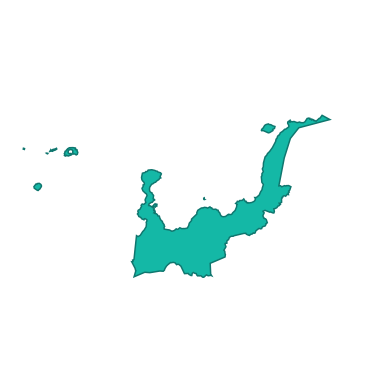 the district of Talasea District, West New Britain, Papua New Guinea, rotated 345°
{"feature_id": "67681753B12348367774956", "entity_name": "Talasea District", "entity_type": "district", "adm_level": 2, "iso_a3": "PNG", "parent_name": "Papua New Guinea", "parent_adm1": "West New Britain", "projection": "albers", "projection_center": [150.421, -5.275], "detail": "fine", "context": "isolated", "style": "filled", "palette": "teal", "viewbox_px": 384, "rotation_deg": 345, "n_neighbors": 0, "source": "geoboundaries", "source_scale": "gbopen_adm2", "svg_char_len": 6102}
<svg xmlns="http://www.w3.org/2000/svg" viewBox="0 0 384 384"><g transform="rotate(345 192 192)"><path d="M337.5,151.6L334.6,153.9L333.9,153.8L330.1,155.8L329.2,154.8L328.4,154.9L328.3,154.7L328.7,154.5L327.5,153.3L326.8,153.3L326.6,152.7L326.0,153.1L325.8,152.5L324.6,152.2L324.5,151.8L324.9,151.8L325.0,151.4L323.8,150.8L322.2,150.8L319.2,153.5L317.4,153.9L315.0,153.1L314.1,152.3L311.5,152.2L308.8,150.3L306.9,150.1L306.0,149.5L304.7,150.0L303.6,148.7L302.6,149.2L302.2,150.3L302.7,152.9L302.4,154.1L298.6,155.6L297.7,155.4L295.1,156.9L292.6,157.7L291.2,159.5L290.5,159.5L289.1,160.3L287.9,162.2L286.9,162.7L285.9,164.8L281.2,169.9L277.4,173.0L274.9,174.4L273.8,175.7L271.7,177.0L268.5,182.5L267.4,186.1L265.9,187.9L266.2,190.7L264.3,192.4L263.8,194.3L262.9,195.2L262.0,200.7L262.9,203.3L260.8,206.5L260.4,207.7L258.1,209.8L256.2,212.3L252.7,214.0L251.2,213.6L251.5,215.0L250.6,216.5L249.5,217.1L247.1,217.6L243.9,217.3L243.2,216.6L242.5,216.9L241.7,215.8L241.9,215.1L241.0,214.8L240.2,212.1L238.4,213.1L235.8,212.6L234.7,213.4L233.4,212.7L232.5,213.7L231.2,214.3L232.4,215.7L231.9,216.1L231.2,218.0L228.9,221.0L226.0,222.6L224.6,223.8L223.7,223.9L222.0,223.2L221.6,223.4L221.3,223.0L218.0,224.3L215.8,224.0L214.5,223.3L213.7,222.1L213.3,219.0L212.5,217.8L212.5,216.4L211.4,215.9L211.2,215.3L210.1,214.6L208.7,214.5L207.8,214.0L207.0,213.3L207.0,212.5L205.7,211.8L205.5,211.0L202.8,211.6L201.8,210.7L199.9,210.0L198.4,210.3L197.7,209.9L196.4,210.0L192.8,211.2L191.3,213.2L191.0,214.5L184.5,218.1L184.2,219.4L181.3,221.4L180.1,223.6L178.2,225.6L175.8,225.5L172.6,224.7L171.0,223.4L168.8,224.4L167.8,224.1L167.2,223.5L165.0,224.6L162.4,224.7L160.5,222.9L155.6,220.7L155.8,219.0L156.7,218.1L156.4,217.0L156.6,216.3L155.6,213.6L155.8,212.7L154.8,211.4L154.2,209.1L154.2,206.8L152.9,206.3L152.7,204.9L152.0,203.9L150.4,203.0L150.5,202.7L151.1,202.9L151.1,202.4L150.0,202.1L151.4,201.1L151.2,200.3L150.6,200.4L150.2,199.8L150.4,199.0L151.2,198.6L150.9,197.5L150.2,197.1L149.9,195.5L149.1,195.8L147.6,194.1L146.9,194.1L146.6,193.5L147.5,192.3L149.8,191.6L151.1,191.6L152.3,190.6L153.9,190.0L153.8,189.4L152.8,189.0L152.7,188.5L154.0,185.4L153.0,183.1L153.1,182.4L151.9,181.5L151.4,180.3L151.7,178.0L152.5,176.3L155.1,174.0L156.1,174.0L158.0,173.2L159.4,173.1L161.0,172.1L163.3,171.4L164.2,170.4L165.5,170.3L165.2,168.8L167.1,166.6L166.6,165.3L164.2,163.8L163.7,162.8L162.5,162.4L161.8,161.6L158.9,160.1L155.3,159.5L154.4,160.4L153.4,160.6L152.7,160.3L151.8,161.0L149.0,161.0L147.0,164.9L146.8,166.8L147.0,168.1L148.2,170.4L148.1,171.8L147.6,172.5L146.6,172.5L146.2,174.2L145.1,175.0L144.6,175.7L144.9,178.2L146.7,181.2L147.4,181.8L147.7,183.8L144.9,187.0L144.6,187.9L144.7,190.2L142.8,191.3L141.8,191.3L140.8,190.7L139.4,191.7L139.6,192.7L137.2,195.3L135.5,195.6L134.7,196.5L134.9,198.0L133.6,199.1L134.0,199.9L134.3,201.9L135.9,203.3L136.5,204.9L138.4,206.4L139.1,205.5L139.8,205.6L141.2,207.0L141.0,208.3L139.9,209.4L139.8,210.9L138.7,213.7L135.8,216.5L134.2,217.4L130.8,220.5L128.3,221.1L127.1,219.8L118.6,241.9L117.9,242.5L117.1,242.4L117.1,243.2L116.5,243.5L116.8,244.0L116.1,244.3L115.8,244.1L117.3,251.1L117.2,252.9L117.5,253.3L114.1,258.9L125.6,257.3L130.4,259.0L140.5,260.0L143.7,261.1L145.2,260.3L145.8,259.2L148.1,257.0L149.8,256.0L153.0,254.6L153.4,254.9L155.7,255.1L157.3,256.0L158.3,258.2L159.5,258.1L160.5,258.5L162.1,260.8L163.6,268.9L167.3,269.7L167.8,270.9L169.4,272.4L170.2,272.6L171.2,270.6L172.5,270.1L173.5,271.1L175.0,271.9L175.1,273.3L175.6,274.4L176.3,274.3L176.8,274.8L178.9,275.2L180.2,277.0L181.3,277.4L184.5,275.8L185.9,277.1L188.7,277.4L189.3,277.9L188.8,276.1L191.1,265.6L207.1,263.3L208.1,260.9L207.9,260.4L208.3,257.7L207.7,256.5L210.6,253.7L210.4,250.8L210.9,250.2L212.4,250.5L213.0,248.4L213.9,247.7L214.9,247.6L216.4,245.5L218.4,244.9L220.3,245.4L221.3,245.1L231.3,245.4L233.3,245.8L233.5,246.7L234.3,247.5L236.2,248.8L238.0,248.0L239.1,248.2L240.6,247.4L241.2,247.9L242.3,247.9L243.7,246.0L247.3,244.5L248.5,245.3L249.8,245.4L250.5,244.3L251.4,243.8L253.9,243.7L255.1,242.4L255.2,241.8L256.8,241.2L256.6,238.0L256.1,237.0L254.7,236.1L254.8,235.3L254.3,234.4L254.4,233.2L256.3,230.8L255.5,229.3L255.6,228.9L257.8,228.6L261.9,231.6L262.6,231.6L265.0,233.3L265.7,233.4L266.5,232.2L266.7,229.4L268.1,229.5L269.9,229.1L271.4,227.8L272.4,227.8L274.1,226.8L273.3,226.0L273.3,225.4L274.1,225.7L275.9,225.1L276.7,221.8L277.3,221.4L277.5,220.5L278.4,220.4L278.8,219.7L279.4,219.5L280.8,219.7L281.4,220.3L283.3,218.9L284.5,219.5L284.7,217.9L285.9,217.2L285.6,216.2L286.9,215.5L288.9,212.5L287.0,210.8L284.8,210.3L284.2,210.5L283.0,209.8L280.1,210.2L279.0,208.8L277.5,208.5L289.9,183.0L300.9,165.7L311.8,157.6L343.9,157.7L337.5,151.6ZM283.4,146.0L281.0,146.0L279.4,146.5L277.4,148.5L276.0,149.2L275.0,150.3L275.1,150.8L276.8,151.2L281.0,154.6L282.4,154.7L286.1,153.6L286.2,152.4L288.1,152.0L289.1,150.2L287.2,149.0L285.6,147.4L284.1,146.8L283.4,146.0ZM88.5,118.3L85.0,117.5L83.2,118.0L81.2,119.3L80.8,119.9L79.9,119.9L79.2,121.4L78.6,121.9L78.9,122.7L78.2,123.6L78.9,124.5L80.2,124.1L80.6,124.7L81.6,124.8L81.9,125.2L85.2,124.9L85.6,124.2L85.1,123.4L83.6,123.3L82.6,122.2L82.6,121.7L83.4,119.7L85.7,119.5L87.0,120.2L87.6,121.5L87.1,122.6L86.9,124.6L88.6,124.9L89.7,126.2L91.0,125.9L92.0,124.0L91.6,123.3L91.9,121.6L90.4,120.9L90.9,120.4L90.5,119.8L90.7,119.3L88.5,118.3ZM46.7,144.1L44.7,143.8L44.1,144.4L43.4,143.9L40.7,145.9L40.6,147.5L43.1,150.4L44.0,150.7L44.8,150.0L45.6,149.9L47.9,147.8L48.2,147.0L48.0,145.6L46.7,144.1ZM153.7,194.4L153.3,193.8L151.7,194.6L151.1,195.6L151.5,196.5L152.8,197.1L153.6,196.0L154.3,196.5L155.0,194.8L154.3,194.4L153.7,194.4ZM72.5,115.5L72.4,114.7L70.9,115.0L68.8,114.9L67.3,115.1L66.5,115.6L66.7,116.1L67.9,116.6L69.4,115.9L69.9,116.2L71.2,116.0L72.5,115.5ZM41.1,107.5L41.5,106.7L40.5,106.1L40.1,106.9L41.1,107.5ZM304.3,149.3L305.4,149.0L305.3,148.1L304.1,148.8L304.3,149.3ZM201.9,202.1L202.3,201.2L202.3,200.8L201.7,201.0L201.5,202.1L201.8,202.5L202.3,202.5L201.9,202.1ZM62.6,117.6L62.0,116.8L61.4,116.8L62.1,117.7L62.6,117.6ZM65.8,115.8L65.9,115.3L65.2,116.0L66.3,116.0L65.8,115.8Z" fill="#14b8a6" stroke="#0f766e" stroke-width="1.5"/></g></svg>